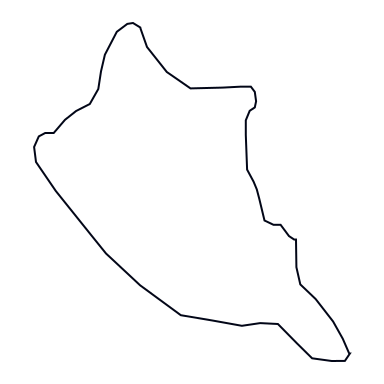 Češinovo-Obleševo, Albers equal-area conic projection
{"feature_id": "MKD-2925", "entity_name": "Češinovo-Obleševo", "entity_type": "Statistical Region", "adm_level": 1, "iso_a3": "MKD", "parent_name": "North Macedonia", "parent_adm1": "", "projection": "albers", "projection_center": [22.298, 41.869], "detail": "fine", "context": "isolated", "style": "outline", "palette": "ink", "viewbox_px": 384, "rotation_deg": 0, "n_neighbors": 0, "source": "natural_earth", "source_scale": "10m", "svg_char_len": 808}
<svg xmlns="http://www.w3.org/2000/svg" viewBox="0 0 384 384"><path d="M133.0,23.0L140.3,27.5L140.6,28.8L147.0,47.0L166.8,72.0L190.5,88.4L222.7,87.6L240.0,86.7L250.9,86.7L254.8,91.9L256.1,101.3L254.8,107.4L249.7,110.8L245.8,120.3L245.8,135.0L247.1,169.6L253.6,181.7L256.8,189.4L259.3,198.9L264.5,220.5L273.5,224.8L280.6,224.8L289.0,236.1L294.1,239.5L296.0,239.5L296.4,267.2L300.3,284.4L315.7,299.1L333.1,321.5L342.8,338.8L349.2,353.5L349.9,353.5L344.9,360.9L331.7,361.0L312.1,358.3L296.9,343.3L277.9,324.0L260.2,323.1L241.9,325.8L212.4,320.5L180.8,315.2L140.1,285.3L106.0,253.5L90.6,234.4L55.8,191.0L36.0,162.0L34.1,147.0L38.8,136.4L45.2,133.0L53.7,133.0L65.0,119.8L76.1,111.0L89.8,104.0L98.3,89.0L101.0,71.4L104.9,54.7L116.8,31.8L127.3,23.9L133.0,23.0Z" fill="none" stroke="#020617" stroke-width="2"/></svg>